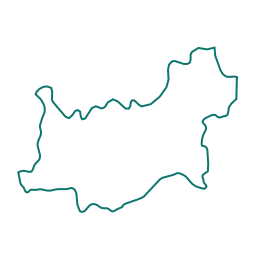 an SVG outline of Loire, rotated 275°
{"feature_id": "FRA-5315", "entity_name": "Loire", "entity_type": "Metropolitan department", "adm_level": 1, "iso_a3": "FRA", "parent_name": "France", "parent_adm1": "", "projection": "natural_earth1", "projection_center": [4.105, 45.756], "detail": "fine", "context": "isolated", "style": "outline", "palette": "teal", "viewbox_px": 256, "rotation_deg": 275, "n_neighbors": 0, "source": "natural_earth", "source_scale": "10m", "svg_char_len": 2633}
<svg xmlns="http://www.w3.org/2000/svg" viewBox="0 0 256 256"><g transform="rotate(275 128 128)"><path d="M213.9,191.2L213.2,199.8L215.6,207.2L207.6,208.6L193.2,215.3L189.9,217.9L187.9,221.1L187.6,223.3L188.5,229.3L188.3,231.7L188.0,232.3L187.3,232.1L166.4,233.4L161.1,228.7L157.3,226.7L152.3,226.4L149.8,225.9L148.9,224.9L148.2,223.4L147.8,221.6L146.6,219.2L146.5,217.5L147.0,216.0L147.9,214.9L148.6,213.7L148.5,211.7L147.5,209.1L144.4,204.1L142.5,202.3L140.7,201.7L139.5,202.5L137.4,204.7L136.0,205.5L134.7,205.8L133.3,205.7L127.1,203.4L123.8,202.8L119.7,202.7L117.9,202.9L116.7,203.6L116.6,204.9L116.4,206.2L115.7,207.4L114.4,208.4L112.7,209.0L99.0,211.1L94.2,211.2L92.8,211.4L92.1,211.3L91.1,210.6L90.3,209.4L89.1,208.0L87.6,206.6L86.2,206.3L83.7,207.4L81.0,208.0L79.7,208.8L77.8,210.7L76.7,211.3L75.6,210.9L74.7,210.2L74.0,208.6L75.6,201.1L77.6,197.3L79.9,194.7L82.9,191.8L84.9,189.5L86.1,187.1L87.3,183.5L87.4,181.5L87.1,180.3L85.5,177.8L81.5,167.0L80.7,165.7L79.6,164.3L61.0,149.7L59.3,147.1L57.5,143.6L52.7,132.7L51.2,130.3L50.1,129.6L49.1,129.3L48.5,128.6L46.3,124.6L43.9,121.2L43.6,120.0L43.8,118.8L45.9,115.2L46.2,113.9L46.1,112.6L46.0,111.2L46.0,110.0L46.1,108.9L46.2,108.2L46.6,107.3L48.5,104.0L49.0,102.5L49.3,100.4L48.9,98.8L48.1,97.2L46.8,95.9L42.8,93.1L41.5,92.0L40.6,90.2L40.4,89.0L41.2,87.2L47.4,84.2L57.3,82.5L60.0,81.5L61.9,80.2L63.1,78.3L63.3,76.8L62.9,75.3L62.3,73.9L61.9,72.5L61.6,71.1L61.2,65.3L60.7,62.0L58.9,56.3L58.7,54.4L58.7,51.9L59.3,48.0L59.3,45.7L58.9,43.7L58.4,42.1L58.1,40.1L58.2,37.2L57.8,36.3L57.3,35.6L56.5,35.1L55.9,34.6L55.2,33.7L55.2,32.2L56.1,31.2L58.8,29.7L59.9,29.0L60.6,28.2L61.0,27.6L61.4,27.2L62.5,26.3L63.9,25.5L74.3,22.6L75.7,25.2L76.2,27.4L76.3,27.7L76.3,28.0L75.7,32.9L75.8,34.2L76.1,35.3L77.0,36.2L78.4,36.8L82.2,37.8L83.8,38.5L87.8,41.7L89.2,42.5L91.1,42.8L93.4,42.7L102.5,39.5L104.4,39.3L107.2,39.8L113.7,41.7L115.2,41.8L116.9,41.6L121.0,40.3L122.9,40.1L130.6,41.7L135.5,43.3L136.9,43.5L138.5,43.5L140.2,43.3L142.2,42.8L144.7,41.7L148.9,38.7L153.6,33.0L156.4,34.0L159.2,36.4L161.4,39.7L162.4,43.4L161.3,48.0L157.7,49.3L149.3,49.8L146.6,51.7L133.6,65.0L132.7,68.4L135.8,71.3L140.3,73.9L141.5,76.1L140.2,78.8L134.9,80.1L132.7,81.6L133.7,84.5L144.7,90.3L146.7,93.8L146.5,95.9L145.2,99.3L145.7,101.5L147.0,103.2L151.8,105.7L155.2,110.4L153.6,115.4L147.3,123.6L147.3,127.1L149.9,128.3L153.3,128.5L155.7,129.3L156.1,131.7L152.0,137.0L150.7,139.6L153.7,148.6L162.0,156.9L171.8,162.7L179.7,164.2L189.4,162.8L194.7,163.4L198.2,166.0L198.8,168.8L196.7,177.8L197.0,181.7L198.5,183.8L201.0,184.4L207.2,184.0L209.5,185.3L213.9,191.2Z" fill="none" stroke="#0f766e" stroke-width="2"/></g></svg>